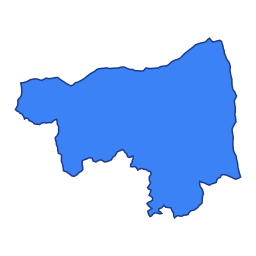 Brumadinho, Minas Gerais, Brazil (Robinson projection)
{"feature_id": "56859067B71494732621842", "entity_name": "Brumadinho", "entity_type": "district", "adm_level": 2, "iso_a3": "BRA", "parent_name": "Brazil", "parent_adm1": "Minas Gerais", "projection": "robinson", "projection_center": [-44.135, -20.186], "detail": "fine", "context": "isolated", "style": "filled", "palette": "blue", "viewbox_px": 256, "rotation_deg": 0, "n_neighbors": 0, "source": "geoboundaries", "source_scale": "gbopen_adm2", "svg_char_len": 3915}
<svg xmlns="http://www.w3.org/2000/svg" viewBox="0 0 256 256"><path d="M209.5,38.2L207.8,39.4L206.4,41.1L205.0,42.2L203.2,42.6L201.3,42.9L198.9,43.6L195.6,44.8L193.4,46.8L191.9,47.9L189.7,49.6L187.1,51.6L184.8,53.4L182.9,55.3L181.5,56.9L180.0,58.2L177.5,59.4L174.2,60.4L171.8,61.7L170.3,63.1L168.3,64.9L166.3,65.9L164.2,66.1L160.8,66.5L157.9,68.0L154.4,68.2L151.7,68.5L148.5,68.5L146.0,67.9L144.7,69.3L143.4,70.9L140.4,71.0L137.6,70.7L134.8,70.7L132.9,69.5L129.9,69.4L127.3,68.5L124.4,67.1L122.0,67.0L119.8,67.5L118.2,68.0L116.5,68.0L114.8,68.2L112.8,68.3L110.9,68.5L108.9,68.4L106.2,67.8L103.9,68.3L101.1,68.4L98.7,68.8L96.7,69.5L95.0,71.0L93.0,72.3L90.5,73.6L88.4,75.3L86.7,76.6L84.8,78.2L82.3,79.8L80.1,81.0L77.8,82.1L75.3,82.8L73.3,84.8L70.7,85.9L68.4,84.6L65.9,83.3L63.6,81.6L61.6,80.4L59.6,79.0L57.6,77.4L54.2,77.8L51.6,78.4L48.8,78.7L46.1,78.1L44.0,79.3L41.4,80.4L38.2,79.3L35.5,78.9L33.0,79.1L30.1,79.8L27.1,81.5L24.1,82.5L20.7,83.0L21.2,85.2L21.5,87.3L21.8,90.3L21.7,93.3L21.3,95.5L20.2,97.3L19.0,98.6L17.8,100.0L17.9,102.3L17.8,105.0L16.7,107.3L15.4,109.5L17.1,111.1L18.7,111.7L20.0,113.2L22.2,114.2L23.7,116.6L24.5,119.0L26.2,118.0L28.2,118.7L29.2,120.7L31.0,121.3L32.9,122.2L34.4,123.9L37.6,124.3L39.7,124.5L41.8,123.0L44.4,122.6L46.3,123.0L48.4,122.5L51.4,122.7L54.1,120.3L56.7,119.2L57.1,121.7L57.3,124.2L58.6,126.5L58.6,129.0L58.7,131.1L58.2,133.6L57.0,135.9L55.3,137.5L55.4,139.7L56.2,141.8L56.4,144.6L57.6,147.4L57.8,150.6L58.4,153.3L60.4,154.1L61.6,155.7L61.4,158.2L61.4,161.3L62.4,163.8L63.1,167.2L63.5,170.8L66.3,171.8L68.3,173.2L70.1,174.4L71.6,175.8L74.0,176.4L75.8,175.5L77.3,174.4L79.0,172.6L81.2,171.3L82.8,169.6L82.7,166.9L82.1,164.0L82.4,160.6L84.2,159.7L86.7,159.0L89.3,157.6L92.0,158.1L93.2,161.0L95.9,162.0L98.2,160.7L100.4,159.8L102.4,160.5L104.5,162.0L107.2,161.5L109.6,160.6L111.4,159.8L112.7,157.3L114.9,155.9L116.0,154.1L117.4,151.7L120.1,150.7L122.6,149.5L124.0,150.8L125.0,152.4L126.8,153.9L127.4,156.4L128.9,157.4L130.7,157.1L132.9,155.9L133.3,158.6L132.2,160.5L132.3,162.5L130.7,164.1L130.6,166.6L132.5,166.9L135.2,166.5L136.8,168.3L137.8,170.1L139.8,168.9L141.6,168.5L143.7,169.2L146.2,169.6L148.5,171.2L150.8,171.9L151.0,174.2L149.3,176.7L149.3,180.3L150.6,183.1L149.2,185.1L147.5,187.8L148.8,189.2L151.0,190.0L150.1,193.1L149.1,195.4L150.7,196.3L152.5,197.6L152.5,200.1L150.8,201.3L148.7,202.1L147.0,203.5L148.4,205.7L149.8,206.9L151.8,208.4L149.9,209.8L147.8,211.1L148.4,213.8L149.9,216.5L151.6,215.9L152.9,214.0L155.1,212.8L158.1,213.2L159.7,213.9L161.8,213.4L160.4,211.9L158.6,210.8L159.0,208.7L161.2,208.1L162.7,206.7L163.9,205.2L165.6,207.2L168.1,207.5L171.0,207.9L172.1,210.9L173.5,213.0L173.7,215.5L174.4,217.8L176.3,216.3L178.2,215.5L180.0,216.2L182.0,216.2L183.5,215.1L186.1,215.1L188.1,214.5L189.1,212.6L190.7,210.8L192.6,210.4L194.2,210.0L195.9,209.0L197.7,207.5L199.2,205.5L201.9,203.3L202.2,200.5L202.3,198.0L202.6,196.0L203.4,193.7L202.9,191.0L201.9,188.8L200.1,186.3L199.6,183.6L199.8,181.4L201.9,182.4L204.6,182.9L207.2,184.4L209.4,185.2L211.5,183.9L213.6,183.4L216.2,182.4L216.9,179.8L218.3,178.1L220.2,177.4L221.5,174.8L224.0,174.7L225.9,174.9L227.6,175.6L229.7,176.5L231.4,177.2L233.4,178.2L235.6,179.2L238.3,178.3L240.6,177.0L239.3,172.9L238.5,169.7L237.9,167.2L237.8,164.9L237.3,162.0L236.5,158.9L236.0,155.7L234.6,153.3L233.6,151.0L233.2,148.4L232.9,145.3L232.9,142.1L233.0,140.1L233.3,138.1L233.0,135.9L232.5,133.0L232.1,130.6L232.4,128.0L233.9,125.3L234.7,123.6L236.0,121.9L235.7,119.3L235.5,117.4L234.8,114.5L235.3,111.9L235.3,109.3L235.3,107.3L234.7,104.4L234.3,100.6L235.7,98.0L236.5,96.0L235.6,94.3L234.8,92.0L232.8,89.4L232.4,87.2L232.0,84.8L231.9,82.0L231.8,78.8L231.1,76.6L230.6,74.3L230.0,70.5L230.3,66.8L229.7,64.0L228.5,61.6L226.5,58.9L225.7,56.5L224.4,53.3L224.1,50.6L223.2,48.3L223.0,46.2L222.3,44.2L221.3,41.2L219.6,40.3L217.3,40.9L214.8,41.6L212.8,42.0L211.3,40.5L209.5,38.2Z" fill="#3b82f6" stroke="#1e3a8a" stroke-width="1.5"/></svg>